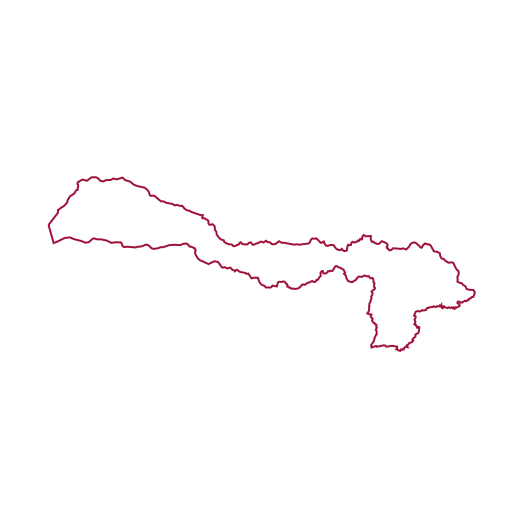 outline of Casabianca, Tolima, Colombia, rotated 50°
{"feature_id": "7082276B30278837884902", "entity_name": "Casabianca", "entity_type": "district", "adm_level": 2, "iso_a3": "COL", "parent_name": "Colombia", "parent_adm1": "Tolima", "projection": "robinson", "projection_center": [-75.127, 5.008], "detail": "fine", "context": "isolated", "style": "outline", "palette": "rose", "viewbox_px": 512, "rotation_deg": 50, "n_neighbors": 0, "source": "geoboundaries", "source_scale": "gbopen_adm2", "svg_char_len": 6139}
<svg xmlns="http://www.w3.org/2000/svg" viewBox="0 0 512 512"><g transform="rotate(50 256 256)"><path d="M116.0,402.7L117.3,398.9L119.2,391.1L122.0,386.7L125.9,384.7L132.2,380.2L136.3,378.0L137.9,375.1L137.8,370.0L138.3,368.8L141.0,367.1L143.7,363.9L148.3,360.4L153.0,358.3L154.8,355.4L158.5,350.9L160.7,350.9L161.9,351.7L163.6,351.6L164.6,351.1L166.0,348.8L172.1,342.7L173.0,340.4L174.2,339.0L175.6,336.3L176.2,333.6L177.6,332.0L180.0,331.2L182.9,331.1L185.0,329.6L187.0,326.2L187.9,323.5L189.5,321.6L191.8,315.7L195.0,311.2L199.1,307.0L199.7,304.4L201.7,301.3L202.9,300.8L206.2,300.8L207.1,299.7L210.8,298.0L211.6,298.5L212.7,298.4L214.2,300.5L215.4,301.2L220.2,302.1L222.8,301.8L231.7,297.5L233.2,291.3L235.8,289.2L237.1,288.9L241.9,289.4L243.4,289.2L244.4,287.2L247.2,285.8L248.3,283.3L249.7,282.9L251.2,283.1L253.1,281.9L254.2,282.0L254.0,280.4L254.3,279.5L257.9,278.5L262.1,275.1L263.5,274.8L264.5,273.2L270.2,273.8L271.4,271.4L273.9,268.5L278.2,270.2L281.6,270.2L284.3,268.7L286.4,268.7L289.5,265.1L289.7,264.2L289.3,262.4L292.7,259.6L290.7,256.8L290.3,255.6L290.7,254.7L292.2,253.3L293.2,251.2L294.2,250.6L297.3,250.7L297.7,250.3L299.0,250.9L299.5,251.7L300.5,250.9L301.7,250.9L302.4,250.1L303.9,249.9L305.2,248.0L306.2,247.5L307.9,244.7L308.2,242.4L307.6,239.2L308.0,238.2L309.0,237.7L309.7,236.1L309.5,234.2L310.5,232.4L311.2,229.0L312.8,228.6L313.6,227.8L313.9,226.7L313.2,225.3L314.0,223.7L313.1,221.6L312.9,219.3L310.2,217.2L309.9,215.3L310.5,214.5L312.7,215.5L314.3,213.6L314.4,212.3L313.9,210.6L314.9,209.7L315.0,208.5L315.8,208.0L316.6,206.9L315.0,202.2L315.1,201.3L315.9,200.5L317.2,200.3L318.8,199.2L322.9,197.7L326.3,198.6L326.2,200.0L328.8,199.8L331.3,201.1L334.5,201.5L337.8,199.3L338.4,195.2L338.3,193.6L337.7,192.4L337.9,190.4L340.1,188.3L340.6,185.5L343.4,183.6L343.9,182.6L346.5,182.7L347.9,180.8L349.8,181.5L351.9,183.0L353.0,182.7L355.2,185.4L357.0,185.3L357.7,186.7L357.3,188.2L357.7,190.5L359.2,190.5L360.3,191.4L361.2,194.0L362.3,194.3L363.1,195.4L363.5,196.6L364.4,197.1L365.2,199.5L366.5,200.9L367.4,201.3L367.7,202.1L370.1,204.1L371.1,205.9L371.5,207.6L372.6,207.2L375.1,205.2L375.9,206.9L377.1,207.2L378.9,206.9L380.0,208.6L382.2,209.0L383.6,208.3L384.6,208.7L386.1,207.9L387.4,209.3L388.5,209.4L389.6,211.7L391.0,211.9L393.6,213.8L393.6,214.8L395.0,217.8L396.9,220.4L398.3,225.1L400.3,226.3L402.0,222.1L402.3,221.7L403.2,221.8L406.2,216.1L407.6,214.5L408.9,214.6L409.8,213.8L411.7,210.3L413.2,208.7L416.2,206.2L417.2,207.0L417.6,208.5L418.4,207.7L419.9,207.6L421.3,206.5L420.7,205.3L421.5,204.9L421.7,203.8L422.3,203.1L421.7,202.9L422.0,201.9L421.6,200.7L422.4,199.1L423.3,198.4L421.3,198.0L421.7,196.5L421.1,194.4L422.3,192.1L421.9,189.9L420.7,190.2L420.2,188.8L420.3,185.8L418.8,184.5L418.7,183.0L419.4,181.4L418.7,180.0L415.6,176.7L414.9,177.1L414.8,178.3L414.3,178.7L413.6,178.0L411.8,178.3L411.5,177.9L410.1,178.6L409.3,176.5L406.4,175.3L406.3,174.4L405.4,172.8L404.6,172.6L403.3,173.2L401.4,169.5L401.8,168.0L402.8,166.8L403.5,166.6L404.3,165.1L404.2,163.6L405.5,162.7L406.7,160.2L405.8,158.9L406.0,158.0L406.7,157.3L406.5,156.6L408.6,153.4L408.6,152.4L410.8,151.0L410.8,149.7L412.2,148.5L411.9,147.0L412.9,146.3L412.7,145.7L414.3,147.0L416.0,146.6L416.0,145.8L414.7,145.4L414.7,145.0L415.5,145.0L415.8,144.2L416.8,144.1L418.9,142.9L419.2,141.3L420.7,140.7L420.9,139.4L421.6,139.0L422.1,138.0L422.8,138.7L424.2,137.7L423.5,136.3L424.4,135.7L425.2,132.3L423.7,131.1L421.8,132.0L420.7,130.9L421.3,130.0L424.2,128.2L424.5,124.8L425.9,123.9L425.8,122.4L426.4,121.3L425.8,120.6L425.8,119.8L426.5,118.5L426.1,117.3L427.0,115.9L425.4,112.7L424.7,111.9L421.8,111.3L419.0,114.3L416.7,115.8L413.7,115.1L411.8,115.8L409.1,115.9L407.8,117.0L405.2,118.2L403.6,116.6L401.5,115.2L400.6,113.0L399.2,111.4L397.4,110.6L395.0,111.0L387.9,109.3L386.6,110.3L384.8,112.9L380.9,114.2L379.4,113.9L377.1,115.5L374.5,114.9L372.1,113.4L369.0,114.7L366.7,116.7L360.1,115.4L358.5,115.9L357.4,117.1L355.1,118.3L355.1,121.3L356.1,123.3L356.0,124.0L354.5,124.6L352.7,124.5L348.7,125.2L347.4,125.9L346.5,127.6L346.1,129.7L347.2,132.9L347.6,136.6L344.7,138.4L344.0,140.1L338.2,146.0L338.4,148.4L337.4,150.1L336.4,150.3L335.1,150.0L333.9,150.6L333.0,150.0L332.7,148.5L331.1,147.8L329.7,148.0L325.6,150.0L325.7,153.9L324.7,155.4L321.8,156.8L320.3,156.9L319.9,158.0L319.4,158.2L317.0,157.4L314.5,155.2L311.3,159.5L309.2,159.9L309.3,161.5L310.2,163.0L311.2,163.7L311.3,164.4L309.9,165.2L310.7,167.2L309.5,168.0L310.0,169.3L308.9,172.1L307.2,172.9L307.2,174.4L308.5,176.1L307.9,177.5L306.7,178.1L307.2,179.5L310.2,182.9L309.2,185.0L308.1,185.7L305.7,185.7L305.8,187.1L305.4,188.1L302.7,189.8L299.1,189.9L298.4,189.4L296.8,190.2L295.2,192.3L294.3,194.7L293.3,195.6L290.1,195.5L288.7,194.6L288.3,195.0L288.1,197.3L287.3,197.9L281.3,198.4L280.8,199.6L278.8,201.6L278.8,203.5L280.2,206.1L280.3,207.5L275.0,215.8L273.4,217.0L271.7,219.6L264.1,225.8L262.2,227.9L259.5,228.9L259.3,233.5L257.8,235.6L256.8,236.3L254.6,236.5L252.6,238.3L250.9,238.4L250.3,241.7L248.4,242.7L247.9,243.5L247.6,246.0L246.7,247.5L245.8,250.8L245.0,251.3L242.2,251.3L241.4,252.8L241.5,255.0L240.9,256.1L238.1,258.8L235.6,258.9L235.4,259.6L236.1,262.2L235.4,263.1L234.9,265.8L233.9,267.0L231.6,267.1L229.4,269.4L226.0,271.0L224.8,271.3L223.2,270.6L221.2,272.0L219.1,272.6L214.6,272.4L212.1,270.9L209.7,270.6L206.8,268.7L205.9,268.5L203.8,268.8L202.6,271.1L201.9,271.6L200.7,271.6L198.6,270.0L197.6,269.9L194.1,271.2L192.9,272.6L192.2,272.7L190.5,270.5L189.3,272.0L180.7,277.2L178.8,277.8L176.8,279.4L174.1,280.3L170.1,280.3L169.2,281.6L165.6,284.1L165.1,285.7L162.5,286.5L157.5,290.6L154.9,291.6L152.9,293.7L144.9,295.1L143.7,295.9L142.4,297.8L141.4,298.3L137.8,296.8L135.2,296.8L132.1,297.4L125.6,302.3L122.7,303.8L118.1,304.6L113.9,307.4L110.1,307.9L107.7,313.6L105.0,315.4L104.3,318.6L101.6,321.8L100.7,325.1L98.6,326.8L94.7,327.2L92.9,327.9L90.0,331.4L89.7,337.1L86.1,339.7L85.6,340.9L85.0,345.2L86.0,346.5L87.2,346.6L88.4,347.4L89.2,348.8L90.6,349.8L90.1,351.6L91.3,354.9L90.7,360.2L92.2,364.4L93.6,366.3L94.0,368.0L94.2,372.0L93.7,373.6L93.8,376.1L93.4,378.1L95.6,380.0L98.7,394.3L99.8,395.4L116.0,402.7Z" fill="none" stroke="#9f1239" stroke-width="2"/></g></svg>